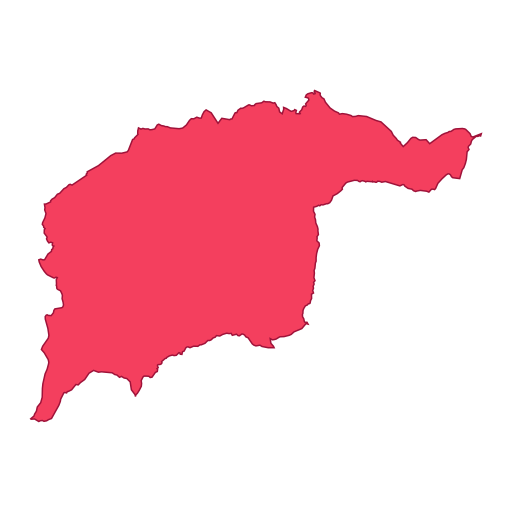 San Miguel, Bolivar, Ecuador (Robinson projection)
{"feature_id": "8360857B61039226108204", "entity_name": "San Miguel", "entity_type": "district", "adm_level": 2, "iso_a3": "ECU", "parent_name": "Ecuador", "parent_adm1": "Bolivar", "projection": "robinson", "projection_center": [-79.097, -1.812], "detail": "fine", "context": "isolated", "style": "filled", "palette": "rose", "viewbox_px": 512, "rotation_deg": 0, "n_neighbors": 0, "source": "geoboundaries", "source_scale": "gbopen_adm2", "svg_char_len": 5988}
<svg xmlns="http://www.w3.org/2000/svg" viewBox="0 0 512 512"><path d="M31.1,419.2L34.6,419.0L38.8,421.5L40.3,420.7L42.4,420.5L44.0,421.3L46.6,420.8L48.6,419.6L51.5,418.5L58.8,405.4L60.3,401.5L60.7,399.1L63.8,392.9L64.7,392.5L66.6,392.9L67.3,391.6L68.4,391.4L71.6,389.8L75.9,384.5L78.2,384.9L80.4,382.6L84.7,379.5L89.0,373.2L93.6,370.4L98.4,372.2L101.5,371.8L112.2,372.8L114.7,374.5L116.9,375.0L119.5,377.3L121.5,376.4L124.1,378.0L126.8,378.5L130.2,381.9L131.4,389.8L135.1,394.7L135.4,396.5L136.0,394.6L137.3,393.4L139.2,390.4L141.3,386.3L141.6,383.5L141.2,380.6L143.0,377.0L144.0,376.1L146.6,376.1L148.9,376.3L150.2,377.5L152.0,377.2L155.4,372.4L157.3,371.5L157.6,369.4L157.0,368.6L158.2,367.7L157.5,366.0L157.5,365.1L158.1,364.6L160.0,364.5L161.3,363.9L162.0,362.8L161.6,361.6L165.1,358.5L166.2,358.3L166.8,357.4L169.4,355.9L171.5,355.3L172.7,355.1L174.0,355.6L176.3,355.3L178.9,352.7L179.8,352.8L180.2,354.2L181.9,354.4L182.5,351.7L184.1,351.1L185.9,347.7L187.0,347.0L188.0,346.8L190.0,347.7L193.6,346.2L197.9,346.3L199.8,344.9L201.3,344.8L205.0,343.3L207.8,340.5L209.7,340.5L211.2,339.8L213.2,337.9L215.2,337.2L216.5,335.6L219.8,336.0L222.7,334.4L226.7,333.2L229.1,333.6L231.2,333.4L232.3,335.3L236.6,334.2L238.0,335.6L239.4,335.8L241.9,334.0L242.9,334.1L244.6,335.0L245.8,336.8L248.1,337.8L252.3,343.9L253.8,345.1L255.9,345.9L260.0,345.2L262.0,346.5L268.1,347.7L274.1,347.7L273.4,346.2L270.9,343.3L270.2,338.6L272.4,339.8L274.1,339.6L276.0,339.1L279.8,336.8L284.1,336.6L289.2,335.3L291.2,334.4L294.1,331.8L301.8,328.6L306.0,323.6L308.0,324.1L307.0,322.3L305.1,322.3L304.4,321.7L303.7,318.6L302.6,316.9L302.4,314.6L302.9,313.3L303.0,310.6L303.7,308.6L305.4,305.8L307.3,305.0L308.4,303.7L309.6,303.6L310.1,303.1L310.6,300.5L311.6,298.5L311.5,294.2L313.5,293.0L312.7,290.5L313.5,288.2L313.1,286.3L314.1,284.1L313.6,282.3L315.0,280.7L313.9,277.6L314.4,273.2L314.1,270.5L314.9,268.2L315.4,263.0L316.1,261.2L316.1,257.6L316.6,253.6L317.7,249.3L319.4,245.7L319.1,243.0L316.8,240.7L317.2,237.9L316.9,236.8L318.4,234.6L317.9,230.7L318.0,229.1L317.4,226.6L315.8,223.0L315.5,219.7L314.6,217.1L315.0,214.3L313.5,211.3L313.6,207.2L316.8,206.3L318.5,205.3L319.8,205.8L321.1,204.7L323.0,204.9L326.5,203.7L327.8,203.7L329.7,202.7L331.5,200.2L333.0,195.9L337.3,193.6L340.8,190.8L342.4,189.2L342.1,187.9L342.4,187.2L345.8,183.1L347.4,182.1L354.3,180.3L357.4,180.4L359.3,181.6L360.3,181.7L361.3,180.9L362.7,180.7L365.1,181.4L365.7,181.9L367.1,181.3L371.7,181.7L372.4,181.3L372.8,182.0L373.9,181.7L375.9,182.3L376.6,182.2L377.7,181.2L379.8,181.4L381.7,182.2L385.4,181.5L399.9,185.9L402.6,184.6L403.4,184.6L404.1,184.9L404.8,186.1L408.1,188.4L412.0,189.2L413.5,190.7L415.7,191.5L416.5,191.1L420.3,190.4L426.6,191.2L428.9,192.1L431.4,189.3L433.0,189.1L434.6,189.6L435.6,188.5L437.9,183.3L442.0,178.8L446.2,174.9L447.8,173.9L448.9,173.8L450.4,174.7L451.5,176.7L452.7,177.7L459.7,178.6L462.2,169.8L463.8,167.7L465.4,163.4L466.4,159.3L467.1,151.8L469.0,149.5L468.1,147.5L468.4,146.4L470.7,144.0L471.4,141.2L472.3,139.6L476.1,136.4L477.9,136.4L479.2,135.7L480.6,136.0L481.3,133.7L472.9,137.0L471.2,136.4L470.0,133.6L465.7,129.4L464.7,128.9L462.4,128.5L455.8,128.9L453.9,129.4L451.0,131.4L449.2,131.5L447.8,132.5L445.0,133.3L442.0,134.7L429.7,143.7L426.1,139.7L420.0,140.1L418.5,139.5L415.7,137.5L412.7,137.3L410.9,138.4L407.4,142.7L403.2,146.6L400.3,143.1L400.5,142.3L397.4,140.2L396.2,138.4L393.2,135.2L391.3,131.4L381.0,121.9L376.1,120.5L366.6,116.5L358.3,115.6L355.6,116.4L352.5,116.6L351.0,115.5L346.6,114.2L342.3,113.6L339.4,114.2L338.5,112.9L334.5,111.1L330.1,108.0L325.4,102.2L323.9,98.8L322.1,97.8L320.7,96.1L320.1,94.8L320.3,93.3L320.0,92.9L314.6,90.5L314.2,91.2L315.2,93.3L314.9,93.8L313.6,94.0L313.0,92.9L311.5,92.7L307.8,93.8L306.3,94.9L305.3,97.2L308.0,97.9L308.7,99.0L308.8,100.1L305.6,103.9L306.2,105.3L305.7,106.4L304.0,106.0L302.7,107.0L301.7,109.8L299.4,112.2L300.2,113.6L299.5,113.8L296.1,113.6L295.8,112.3L296.4,110.4L294.7,109.6L294.1,110.5L291.7,111.3L290.8,111.2L286.4,108.5L283.6,107.4L283.7,109.3L282.2,113.8L279.6,111.9L278.8,108.2L276.8,106.5L276.1,104.7L274.8,102.7L273.2,103.1L270.0,101.9L265.4,101.8L263.9,101.2L261.7,102.8L256.1,103.6L254.8,104.6L254.5,105.5L251.4,105.8L249.6,104.9L248.6,104.9L243.5,107.9L241.9,108.4L240.8,108.2L238.0,110.2L236.8,112.7L235.4,112.7L235.0,113.0L232.0,118.9L230.4,119.1L229.8,119.7L221.8,118.3L218.0,123.3L211.2,112.8L206.1,109.9L204.1,111.6L202.4,114.8L201.3,118.0L199.7,118.2L196.8,117.2L193.8,118.8L191.3,118.7L189.5,120.4L186.4,125.0L182.6,128.1L179.1,128.7L170.3,127.9L167.4,126.7L165.2,126.6L163.9,126.0L161.4,125.6L158.8,124.2L157.3,124.9L154.8,128.9L152.0,129.6L149.9,129.8L148.2,128.9L145.0,129.0L142.9,128.4L141.0,129.1L138.5,127.9L137.8,130.7L137.7,133.7L138.0,134.4L134.6,137.8L134.1,138.9L132.6,139.5L128.3,150.5L127.1,151.9L121.7,153.2L115.6,153.1L110.8,155.6L98.5,165.6L87.2,171.8L87.3,173.0L86.2,174.2L86.7,175.2L72.0,185.1L70.2,184.3L69.0,184.7L66.4,187.4L63.9,188.7L59.7,193.3L57.4,194.2L54.7,197.6L52.0,199.2L50.6,200.8L50.6,201.9L46.1,204.0L44.4,204.1L45.0,207.6L44.7,209.9L46.0,213.6L44.9,217.9L42.6,222.7L42.3,224.4L43.6,226.0L43.7,227.3L45.1,228.6L44.3,229.7L44.2,233.1L46.9,236.7L47.1,237.4L46.5,238.8L47.5,241.1L48.9,242.9L50.8,242.2L52.6,242.8L52.2,245.0L52.7,245.7L53.8,246.1L53.1,247.1L52.7,248.9L51.7,249.5L51.4,251.4L48.0,254.0L44.6,259.7L43.1,259.9L40.7,259.1L38.8,259.8L39.2,261.9L41.1,266.5L44.3,271.4L46.4,273.9L47.6,274.9L53.6,277.9L54.6,278.0L56.0,277.2L57.3,277.6L56.3,279.7L56.5,284.3L56.2,285.2L56.6,285.8L56.8,288.3L57.4,289.2L60.5,290.8L62.0,294.0L62.4,295.6L62.1,298.7L63.1,302.2L63.5,305.0L62.9,306.8L61.9,307.7L54.9,308.9L53.9,310.4L53.4,312.8L51.2,315.6L48.2,315.4L47.1,314.8L46.2,315.2L45.2,316.6L45.3,319.1L47.9,328.5L48.9,335.3L48.3,338.2L42.7,346.2L41.4,349.5L44.2,352.7L48.2,359.5L48.8,362.3L48.5,364.1L47.1,369.3L45.1,373.9L42.9,383.7L42.4,388.4L42.2,397.3L40.7,402.7L37.3,407.0L36.4,411.2L34.6,414.1L34.0,416.0L30.7,418.8L31.1,419.2Z" fill="#f43f5e" stroke="#9f1239" stroke-width="1.5"/></svg>